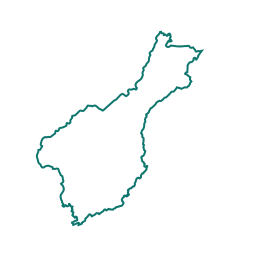 the Republic of Tuva, rotated 136°
{"feature_id": "RUS-2605", "entity_name": "Tuva", "entity_type": "Republic", "adm_level": 1, "iso_a3": "RUS", "parent_name": "Russia", "parent_adm1": "", "projection": "robinson", "projection_center": [94.276, 51.727], "detail": "fine", "context": "isolated", "style": "outline", "palette": "teal", "viewbox_px": 256, "rotation_deg": 136, "n_neighbors": 0, "source": "natural_earth", "source_scale": "10m", "svg_char_len": 5837}
<svg xmlns="http://www.w3.org/2000/svg" viewBox="0 0 256 256"><g transform="rotate(136 128 128)"><path d="M229.0,117.7L228.0,117.6L227.4,118.2L227.2,119.9L227.1,120.3L226.3,121.1L225.9,122.7L224.6,124.9L224.1,125.6L222.8,126.6L218.9,127.4L217.0,128.2L215.8,129.8L215.0,131.6L214.9,132.2L215.1,133.4L214.9,134.4L212.6,134.2L211.4,134.6L209.9,137.2L208.9,138.5L208.7,138.9L209.1,140.7L209.1,141.1L208.5,142.3L207.9,144.4L206.7,146.6L206.7,147.4L207.3,148.2L209.0,149.3L209.8,150.2L210.4,150.6L210.5,150.9L209.7,151.9L209.6,152.5L211.6,156.4L213.7,157.7L216.1,158.2L217.0,159.1L217.1,159.7L217.1,160.6L216.5,162.1L216.4,163.0L216.6,164.2L216.5,165.1L213.4,170.8L212.2,171.8L209.3,173.1L207.7,174.4L206.6,173.6L206.2,173.4L202.3,174.6L202.2,174.8L202.6,175.6L202.5,176.4L201.9,177.1L198.7,179.0L196.9,179.6L194.9,179.4L193.8,179.0L193.1,177.8L191.8,177.3L190.7,176.0L190.0,175.4L184.4,174.7L184.0,174.8L182.9,175.8L182.0,176.2L181.7,176.1L180.8,174.6L180.3,174.5L179.7,174.5L177.7,175.4L177.1,175.4L174.8,173.8L171.1,172.5L170.2,172.8L169.4,173.7L168.8,174.0L168.3,173.9L167.7,172.6L167.2,172.0L166.4,171.9L165.5,172.1L164.2,173.5L163.3,173.8L161.3,174.1L160.9,174.3L160.0,175.3L159.6,175.4L157.5,174.0L156.6,173.8L150.9,173.9L149.9,173.4L148.9,171.8L148.3,171.4L147.6,171.2L144.0,171.4L142.1,172.0L141.1,171.9L140.3,170.6L139.1,169.6L138.8,168.5L136.7,167.6L135.9,166.7L135.5,164.7L135.4,162.0L135.2,161.4L134.4,159.7L134.3,158.4L134.0,158.1L133.5,157.9L119.1,157.4L116.8,156.7L110.3,157.0L109.0,156.7L108.3,156.4L107.6,154.5L107.6,153.3L107.3,152.4L106.5,152.0L105.2,151.9L103.9,152.1L103.2,152.6L102.7,154.3L101.9,154.9L100.9,155.1L100.1,154.7L99.0,153.3L96.7,152.2L96.2,151.5L95.8,150.5L95.5,150.1L95.0,150.1L94.1,150.4L93.8,150.7L93.7,152.0L92.6,153.9L90.8,154.7L88.9,154.7L85.5,154.2L84.0,154.4L82.4,154.8L80.4,155.9L79.4,157.5L78.8,157.9L76.7,158.6L76.2,159.1L75.8,160.1L75.5,160.5L74.8,160.7L72.3,160.4L69.6,161.4L67.1,161.5L66.4,161.8L64.3,163.7L63.5,164.2L61.2,164.9L61.0,165.2L60.9,166.3L60.3,166.9L59.5,167.1L58.6,167.1L56.9,166.8L56.0,166.9L54.9,167.6L53.2,167.9L50.7,169.5L47.1,170.3L46.5,170.6L46.2,171.1L45.9,172.6L45.4,173.3L43.2,173.9L40.2,174.0L39.1,174.3L38.4,174.8L37.7,174.5L37.4,174.2L37.9,173.2L37.8,172.5L37.1,171.9L36.7,171.2L37.7,170.0L37.5,169.8L36.6,169.6L36.2,169.2L36.1,167.3L35.9,167.1L34.6,167.0L34.1,167.6L33.8,167.6L32.7,167.2L32.5,166.9L32.8,166.4L32.8,165.6L33.5,165.2L33.7,164.2L33.9,163.9L35.4,163.5L36.3,162.9L36.4,162.7L35.9,161.8L36.1,160.6L36.3,160.3L36.9,160.5L38.2,161.4L38.4,161.8L38.3,162.4L38.7,162.5L43.1,161.3L43.6,160.5L43.6,159.5L42.9,158.4L41.9,157.8L39.6,157.4L39.4,156.7L38.1,155.4L35.4,151.9L34.4,151.2L34.1,150.5L32.9,149.8L32.5,149.2L30.2,147.5L29.5,146.7L27.5,145.2L27.1,144.4L27.4,143.0L27.2,142.2L26.9,141.8L25.6,141.1L25.2,140.7L25.5,139.1L25.4,137.7L26.0,136.2L25.9,135.6L23.8,134.4L23.1,133.4L21.3,132.3L27.4,131.2L27.7,131.0L28.0,130.5L29.3,130.3L31.0,129.7L31.4,129.8L31.5,130.1L31.1,131.4L31.1,132.0L31.4,132.3L31.9,132.5L32.6,132.4L33.6,131.4L35.3,131.1L36.5,131.3L37.7,132.1L38.5,132.4L41.6,131.7L42.6,130.6L46.5,127.0L47.9,127.7L49.3,127.3L49.3,126.9L48.4,125.0L48.4,122.9L47.9,121.3L49.8,119.8L50.1,117.4L51.9,117.4L52.7,116.7L53.6,116.6L54.6,116.0L55.9,116.3L57.5,116.2L58.8,117.8L62.4,119.1L62.8,119.9L62.9,120.8L63.9,121.9L64.1,122.6L64.6,123.3L65.8,122.9L69.7,122.4L71.3,123.7L72.5,123.9L73.4,123.6L79.0,123.5L80.4,124.3L82.3,124.4L83.5,124.2L85.6,124.6L85.9,124.8L86.4,125.7L86.9,125.9L87.7,126.2L90.1,126.5L92.2,125.9L96.7,126.0L98.3,126.5L99.1,126.0L100.8,125.7L101.7,125.0L103.9,124.8L105.3,125.2L106.0,124.7L106.0,124.1L106.3,123.6L107.1,123.1L108.3,123.1L109.9,122.3L111.1,120.6L111.5,120.3L113.0,120.0L115.7,117.6L117.7,116.6L119.5,116.5L122.2,115.1L122.1,114.3L122.4,113.3L124.0,111.5L123.8,110.2L124.0,109.6L125.0,108.8L125.7,107.9L128.4,106.0L128.5,105.7L128.3,105.1L128.4,104.6L130.2,103.7L130.7,102.5L131.6,101.3L131.6,100.3L131.8,99.9L131.6,99.5L131.8,99.2L134.9,97.6L136.7,97.4L137.6,97.9L138.3,97.9L139.1,97.4L139.4,96.3L140.2,95.4L140.9,93.9L140.5,92.8L140.6,92.2L141.1,91.4L140.9,90.6L142.7,89.4L142.9,89.0L142.4,87.9L140.7,87.6L140.6,87.2L142.4,86.3L143.7,85.3L146.5,85.0L147.4,85.2L148.4,84.7L149.0,85.3L150.0,85.4L151.7,84.8L152.6,83.8L153.8,83.4L154.7,83.7L154.8,84.7L155.0,85.0L156.0,85.5L156.9,85.6L158.7,84.8L159.5,84.2L161.4,83.6L161.8,83.2L162.2,82.6L164.1,81.7L164.4,81.8L164.8,82.4L166.3,82.6L167.4,82.4L168.1,83.0L170.8,83.5L171.3,83.2L171.2,82.7L171.3,82.5L172.7,81.9L173.4,80.9L173.3,80.2L173.5,79.7L174.0,79.3L174.9,79.4L174.4,80.0L174.7,80.2L175.9,79.6L176.4,79.7L176.6,79.9L176.1,80.7L177.4,81.2L177.6,81.8L177.9,82.0L178.6,81.3L180.3,81.4L182.1,80.9L183.0,79.4L182.7,78.7L183.0,78.4L183.3,77.1L183.8,76.8L185.1,76.5L186.5,76.4L186.8,76.5L187.7,77.2L188.7,77.5L189.0,78.1L190.3,78.4L191.6,79.4L192.8,79.1L193.9,79.7L195.7,79.8L196.0,80.4L196.8,81.0L197.1,81.8L197.8,82.3L197.9,82.9L198.1,83.3L200.4,83.6L200.9,83.9L200.9,85.1L201.3,85.5L201.8,85.7L203.8,85.4L207.3,86.1L208.4,85.9L208.7,86.2L208.6,87.2L208.8,87.6L209.9,88.6L212.9,88.8L213.8,89.3L215.2,89.4L215.4,89.7L215.0,90.3L215.3,91.0L215.1,91.8L215.5,92.5L216.6,92.8L217.3,92.5L220.4,92.3L221.5,92.5L223.2,91.1L226.8,91.9L227.1,91.9L227.4,91.3L228.3,91.3L230.9,92.6L229.5,93.5L229.3,94.0L229.4,94.3L234.7,96.3L234.1,97.4L234.0,97.8L234.2,98.6L233.9,98.9L232.8,98.4L230.6,98.0L229.3,97.1L228.6,97.0L228.3,97.2L226.8,99.4L227.1,100.5L228.5,100.4L228.4,101.6L228.6,102.4L228.6,103.8L228.2,104.2L227.4,104.1L227.0,104.6L225.9,105.3L225.8,106.4L226.5,107.0L226.1,107.7L225.3,107.9L224.6,107.8L224.3,108.2L224.4,108.8L224.3,109.1L223.4,109.7L222.6,110.0L223.6,111.4L222.9,113.1L223.0,114.1L223.3,114.3L224.4,113.3L226.1,113.8L226.5,114.5L226.4,115.8L227.0,116.1L228.1,115.8L228.8,115.9L229.0,116.3L229.2,117.0L229.0,117.7Z" fill="none" stroke="#0f766e" stroke-width="2"/></g></svg>